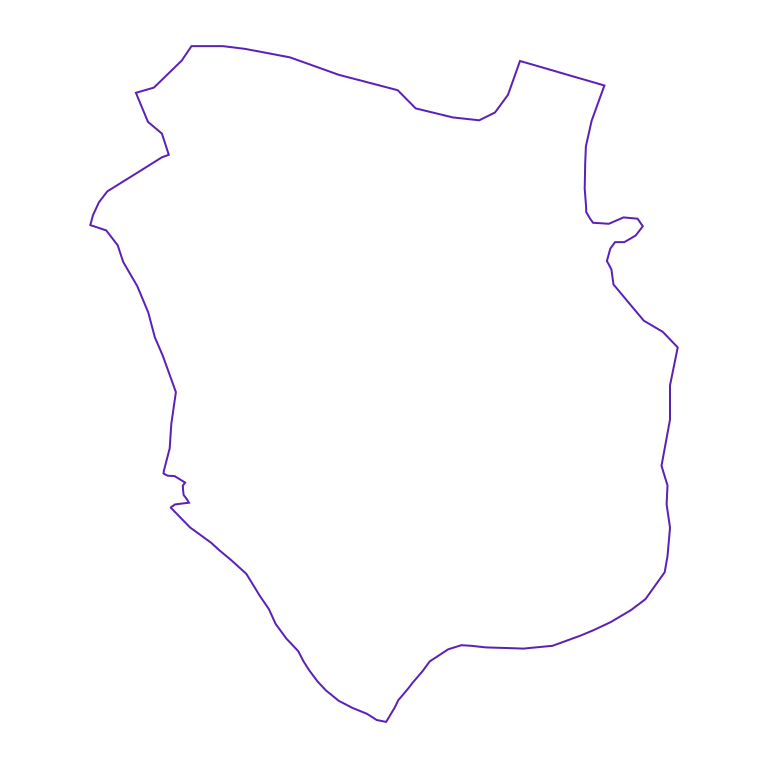 Kaltungo, Gombe, Nigeria
{"feature_id": "59680162B43215766185997", "entity_name": "Kaltungo", "entity_type": "district", "adm_level": 2, "iso_a3": "NGA", "parent_name": "Nigeria", "parent_adm1": "Gombe", "projection": "orthographic", "projection_center": [11.405, 9.843], "detail": "fine", "context": "isolated", "style": "outline", "palette": "violet", "viewbox_px": 768, "rotation_deg": 0, "n_neighbors": 0, "source": "geoboundaries", "source_scale": "gbopen_adm2", "svg_char_len": 1827}
<svg xmlns="http://www.w3.org/2000/svg" viewBox="0 0 768 768"><path d="M386.1,721.9L390.1,715.3L395.2,706.7L398.2,700.3L408.3,688.4L412.4,683.0L422.6,671.1L429.7,661.4L448.2,649.3L461.4,645.2L471.3,645.8L485.8,647.4L512.1,648.2L523.4,648.6L537.9,647.2L552.5,645.8L580.5,635.6L593.9,630.0L599.2,627.5L610.5,622.2L631.1,610.0L645.5,599.1L651.4,590.8L664.7,572.2L667.0,559.0L667.5,556.2L670.0,528.0L670.0,527.6L666.6,504.3L667.5,485.5L661.5,465.8L670.0,419.6L670.0,385.4L677.6,348.0L677.7,347.4L662.8,331.9L643.8,320.7L626.2,299.7L613.5,284.5L611.4,269.4L606.9,261.0L610.3,248.6L615.1,242.1L624.4,242.1L635.7,235.5L642.8,226.3L637.6,218.7L623.5,217.4L608.8,223.8L600.2,223.2L593.1,222.8L590.1,218.7L586.2,212.0L586.1,206.7L584.7,188.7L585.2,163.3L585.9,146.3L591.6,120.8L604.4,85.5L520.0,61.0L508.0,94.8L495.0,112.5L479.2,120.3L452.7,117.4L415.7,108.4L397.7,90.2L347.9,77.2L338.4,74.7L290.1,57.4L244.6,48.8L222.6,46.1L191.5,46.1L181.7,60.6L153.9,87.6L135.9,92.8L147.4,120.5L148.0,121.9L161.9,133.6L168.8,154.8L166.0,155.8L161.7,157.4L144.2,168.4L108.5,190.6L107.2,191.5L106.1,192.9L99.0,202.2L93.0,215.1L90.3,225.1L106.2,230.4L117.7,245.3L123.2,262.0L137.2,286.0L148.2,312.3L154.9,337.5L160.9,351.3L161.0,351.7L162.6,355.3L167.9,369.9L175.9,392.1L171.3,423.9L169.7,448.3L163.9,470.7L163.5,473.5L167.7,475.7L174.7,476.1L175.1,476.4L185.1,482.6L182.8,485.7L183.1,490.6L183.7,495.1L186.3,498.4L189.0,502.7L184.1,503.3L180.1,503.8L176.8,504.2L176.2,504.3L174.8,504.5L173.5,505.6L171.4,506.8L170.9,507.8L190.1,527.5L211.3,542.9L219.0,550.0L231.5,560.4L246.3,573.8L260.4,596.8L260.8,597.3L269.0,609.3L275.5,623.7L286.3,638.5L298.0,650.9L298.8,652.2L302.8,660.0L303.4,661.2L308.8,669.7L309.2,670.3L317.6,681.5L326.0,690.5L338.7,700.8L352.4,707.9L367.1,713.9L376.7,720.0L386.1,721.9Z" fill="none" stroke="#5b21b6" stroke-width="2"/></svg>